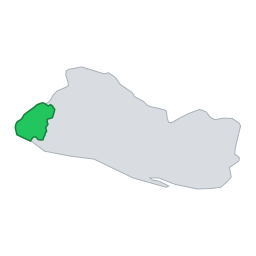 Ahuachapán highlighted on a map of El Salvador
{"feature_id": "SLV-1343", "entity_name": "Ahuachapán", "entity_type": "Department", "adm_level": 1, "iso_a3": "SLV", "parent_name": "El Salvador", "parent_adm1": "", "projection": "albers", "projection_center": [-89.848, 13.863], "detail": "fine", "context": "in_parent", "style": "filled", "palette": "green", "viewbox_px": 256, "rotation_deg": 0, "n_neighbors": 0, "source": "natural_earth", "source_scale": "10m", "svg_char_len": 2013}
<svg xmlns="http://www.w3.org/2000/svg" viewBox="0 0 256 256"><path d="M85.9,68.5L88.2,68.9L103.9,73.8L108.5,72.8L114.5,76.8L117.3,79.9L119.9,84.1L132.3,92.7L134.4,96.5L143.6,101.5L147.4,105.4L151.3,106.9L159.1,108.4L165.7,110.4L166.5,111.8L167.1,117.6L168.6,122.4L171.7,122.7L175.5,120.4L187.9,113.8L199.6,109.4L206.3,111.9L210.2,117.3L214.7,119.7L224.0,118.1L232.4,118.5L239.1,123.2L240.6,125.9L236.7,141.7L235.3,148.5L234.6,154.2L237.0,155.6L239.4,157.8L238.9,160.9L231.7,166.0L229.4,167.3L231.2,177.0L225.8,182.9L220.9,187.2L212.2,188.4L197.4,189.0L175.1,184.4L158.6,177.9L149.8,177.9L152.6,180.1L159.6,181.4L168.8,186.0L166.2,187.3L132.7,177.8L94.0,159.1L70.9,156.2L44.5,151.2L28.9,139.4L17.2,134.2L16.2,129.7L16.3,124.7L21.6,118.0L31.5,109.0L38.1,104.3L41.2,103.4L45.5,103.9L49.7,101.3L53.2,95.1L57.0,91.0L66.4,87.0L68.6,85.4L67.9,81.9L65.8,75.1L66.1,71.0L69.2,69.1L72.9,68.7L80.6,67.0L83.9,67.3L85.9,68.5Z" fill="#d9dde1" stroke="#a8b0b8" stroke-width="1"/><path d="M16.9,134.7L15.4,128.4L15.4,126.9L15.6,125.3L16.1,123.8L16.8,122.4L18.0,121.2L20.5,119.9L21.7,118.9L22.6,117.6L23.2,116.2L24.0,114.8L25.4,113.6L34.4,107.2L36.4,105.2L37.4,104.6L41.5,103.0L42.9,102.9L44.6,103.4L47.1,105.3L48.4,105.8L49.8,105.1L49.9,104.5L49.8,104.4L50.6,104.7L52.3,105.8L52.6,106.1L52.8,106.3L52.9,106.5L53.1,107.3L53.2,107.5L53.3,107.7L53.7,108.0L54.0,108.3L54.4,108.7L54.6,109.1L54.7,109.3L54.4,111.1L52.5,117.5L50.9,118.2L48.8,118.8L47.7,119.0L47.4,119.1L47.2,119.4L47.1,120.0L47.1,120.4L47.3,122.3L47.5,122.8L47.6,123.3L47.9,123.7L47.9,123.9L47.9,124.3L46.0,127.2L45.8,127.7L45.8,128.1L46.5,130.6L46.6,131.1L46.5,131.5L46.2,132.0L45.5,132.8L45.2,133.4L45.1,133.8L45.0,134.7L45.0,134.9L43.8,137.1L43.6,137.5L43.1,139.7L42.6,139.9L41.8,140.0L39.0,139.8L38.4,139.7L38.2,139.6L37.5,138.9L36.3,137.5L36.1,137.3L35.7,137.1L35.2,136.9L34.9,136.8L34.5,136.8L34.0,136.9L33.7,137.0L33.4,137.2L33.2,137.3L32.9,137.5L32.2,138.4L30.7,140.7L30.5,141.1L24.1,138.2L16.9,134.7Z" fill="#22c55e" stroke="#15803d" stroke-width="1.5"/></svg>